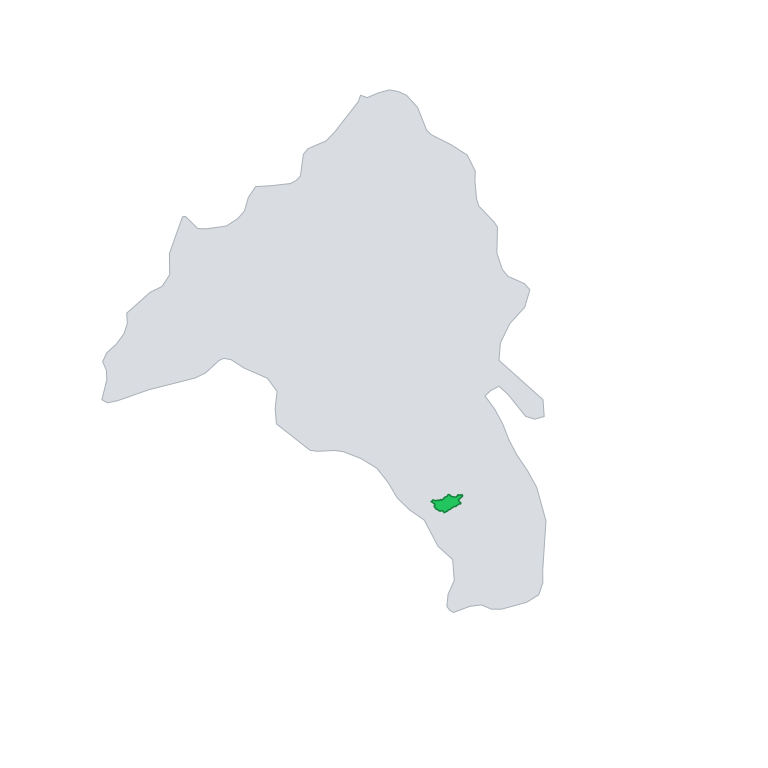 location of Consuelo, San Pedro de Macorís, Dominican Republic, rotated 47°
{"feature_id": "3306468B14471946980605", "entity_name": "Consuelo", "entity_type": "district", "adm_level": 2, "iso_a3": "DOM", "parent_name": "Dominican Republic", "parent_adm1": "San Pedro de Macorís", "projection": "equal_earth", "projection_center": [-69.258, 18.6], "detail": "fine", "context": "in_parent", "style": "filled", "palette": "green", "viewbox_px": 768, "rotation_deg": 47, "n_neighbors": 0, "source": "geoboundaries", "source_scale": "gbopen_adm2", "svg_char_len": 4120}
<svg xmlns="http://www.w3.org/2000/svg" viewBox="0 0 768 768"><g transform="rotate(47 384 384)"><path d="M156.7,523.9L157.5,492.4L161.3,479.7L157.9,466.2L142.2,451.9L132.7,433.6L124.3,417.3L126.2,414.9L143.3,414.2L149.3,408.2L160.9,391.6L163.3,378.2L162.4,368.1L155.0,356.0L152.1,343.2L161.4,332.1L173.5,315.8L175.2,309.6L175.0,303.4L161.0,286.3L160.1,279.0L166.7,260.5L166.1,248.2L159.9,209.9L156.8,204.2L163.1,201.0L167.2,189.6L172.7,179.4L180.0,174.0L188.3,170.6L204.7,170.8L227.3,179.7L233.7,179.5L255.5,171.5L273.6,167.0L290.6,172.1L297.5,179.0L311.5,189.9L318.5,193.3L340.7,193.0L346.7,194.1L365.3,212.2L381.0,219.4L390.1,219.8L406.4,212.8L414.5,213.0L423.8,228.6L425.6,250.7L433.3,270.9L445.2,283.8L503.9,278.4L517.0,289.0L512.5,297.8L504.2,302.5L476.3,300.4L464.1,301.4L461.6,310.2L461.6,318.3L477.9,320.2L493.9,324.3L510.2,330.8L526.8,335.3L545.5,338.2L563.9,342.9L594.6,358.9L628.6,395.1L637.7,403.4L643.7,414.7L640.9,428.7L628.8,451.7L621.9,459.0L611.9,463.5L605.1,472.9L598.5,489.0L594.4,490.3L589.6,489.7L581.5,480.6L575.6,466.6L559.2,453.5L539.7,455.2L511.0,447.4L493.6,451.2L476.2,452.0L458.5,448.1L440.6,446.7L422.7,451.7L405.4,460.1L399.0,465.4L387.9,478.5L382.0,483.3L339.8,489.9L327.7,480.3L316.5,467.2L300.3,465.4L276.8,475.5L262.0,479.2L256.0,483.6L254.3,488.5L254.2,506.9L250.8,518.0L227.7,560.1L214.7,589.8L209.3,599.0L203.1,601.0L191.9,583.9L184.7,577.7L175.8,574.6L172.1,565.5L172.3,552.6L170.0,540.1L164.6,530.3L156.7,523.9Z" fill="#d9dde1" stroke="#a8b0b8" stroke-width="1"/><path d="M518.3,402.4L518.3,402.8L518.3,403.0L518.2,403.2L518.2,403.3L517.9,403.5L517.5,403.6L517.3,403.7L517.2,403.7L517.2,403.8L517.1,404.0L517.0,404.3L516.9,404.5L516.7,404.6L516.3,404.9L516.1,405.0L515.7,405.1L515.6,405.3L515.5,405.5L515.5,405.9L515.7,406.2L515.8,406.6L515.8,407.2L515.8,407.8L515.8,408.2L515.7,408.4L515.6,408.6L515.4,409.1L515.1,409.4L514.7,409.5L514.3,409.7L513.8,410.2L513.7,410.4L513.3,410.6L512.8,410.9L512.5,411.1L512.1,411.3L511.8,411.5L511.4,411.5L510.1,411.5L509.8,411.5L509.6,411.6L509.4,411.7L509.2,411.8L509.0,412.1L508.9,412.3L508.8,412.5L508.7,412.6L508.7,412.9L508.7,413.0L508.8,413.2L509.0,413.7L509.0,414.0L509.0,414.3L509.1,414.5L509.0,415.0L508.9,415.5L508.5,416.1L508.4,416.3L508.3,416.5L508.2,416.9L508.2,417.4L508.3,417.8L508.3,418.0L508.5,418.5L508.6,418.9L508.6,419.1L508.6,419.3L508.4,419.7L508.3,419.9L508.4,420.1L508.5,420.5L508.4,420.7L508.3,420.9L508.2,421.0L507.4,421.2L507.2,421.3L507.0,421.5L507.0,421.9L506.9,422.7L506.9,422.9L506.9,423.0L506.7,423.3L506.2,423.4L506.1,423.5L505.9,423.6L505.7,423.8L505.5,424.1L505.4,424.3L505.2,424.9L505.1,425.1L504.9,425.4L504.6,425.7L504.4,425.9L504.0,426.1L503.6,426.4L503.2,426.6L502.8,426.9L502.4,427.1L502.2,427.2L502.2,427.3L502.1,427.5L502.1,427.9L502.2,428.2L502.3,428.5L502.3,429.1L502.3,429.7L502.7,429.6L503.1,429.4L503.4,429.3L503.7,429.2L504.9,429.2L505.3,429.2L505.6,429.1L506.0,428.8L506.2,428.7L506.5,428.7L506.9,428.8L507.0,428.9L507.1,429.0L507.3,429.3L507.3,429.6L507.4,430.2L507.4,430.4L507.5,430.6L507.8,430.8L508.0,430.9L509.1,430.9L509.5,430.9L509.9,431.0L510.3,431.3L510.6,431.3L510.8,431.2L511.3,431.0L512.0,430.8L512.4,430.5L512.6,430.4L512.9,430.4L513.7,430.3L514.0,430.3L514.2,430.2L514.6,430.0L515.1,429.8L515.3,429.7L515.7,428.8L515.9,428.3L516.0,428.1L516.2,427.9L516.4,427.8L516.6,427.7L516.9,427.7L519.2,427.7L519.3,427.2L519.5,426.7L519.6,425.9L519.7,425.6L520.0,425.0L520.2,424.2L520.2,423.9L520.1,423.4L520.1,423.1L520.1,422.9L520.1,422.6L520.1,422.4L520.3,422.1L520.7,421.5L520.8,421.2L520.9,420.6L520.9,419.4L520.9,419.0L521.0,418.6L521.2,418.1L521.2,417.9L521.3,417.5L521.3,416.7L521.3,416.3L521.4,416.1L521.5,416.0L522.3,415.4L522.4,415.2L522.5,415.1L522.5,414.9L522.6,414.7L522.6,413.4L522.6,413.0L522.6,412.7L522.8,412.2L522.9,411.7L523.0,411.0L523.0,410.7L523.2,410.4L523.3,410.3L523.5,410.1L523.8,410.0L523.8,409.5L523.7,409.2L523.4,409.0L523.2,408.9L522.8,408.9L520.4,409.0L520.0,408.9L519.8,408.8L519.7,408.7L519.6,408.4L519.6,408.0L519.6,404.1L519.6,403.6L519.6,403.2L519.4,402.8L519.2,402.6L518.8,402.5L518.3,402.4Z" fill="#22c55e" stroke="#15803d" stroke-width="1.5"/></g></svg>